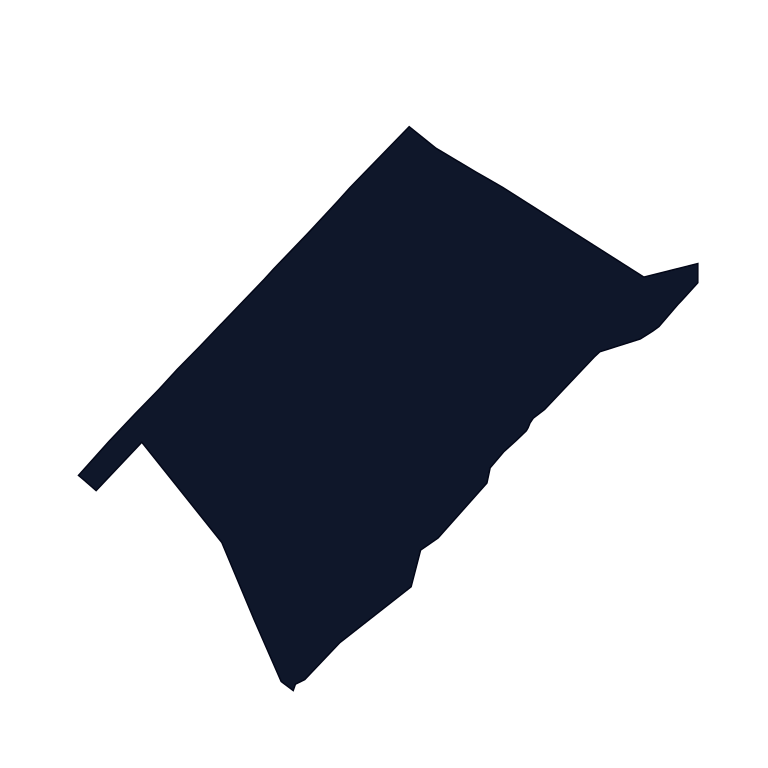 the district of Dutchess, New York, United States of America, rotated 220°
{"feature_id": "52423323B41588458909272", "entity_name": "Dutchess", "entity_type": "district", "adm_level": 2, "iso_a3": "USA", "parent_name": "United States of America", "parent_adm1": "New York", "projection": "mercator", "projection_center": [-73.759, 41.759], "detail": "fine", "context": "isolated", "style": "filled", "palette": "ink", "viewbox_px": 768, "rotation_deg": 220, "n_neighbors": 0, "source": "geoboundaries", "source_scale": "gbopen_adm2", "svg_char_len": 828}
<svg xmlns="http://www.w3.org/2000/svg" viewBox="0 0 768 768"><g transform="rotate(220 384 384)"><path d="M552.8,117.6L536.0,117.3L532.1,183.7L406.3,158.3L332.6,120.3L271.5,90.0L256.5,90.8L258.9,97.1L254.7,106.6L251.6,157.3L232.9,246.1L249.2,280.3L243.6,300.8L241.5,374.3L244.9,380.7L248.8,388.0L248.7,406.1L248.7,409.1L246.4,425.7L244.9,439.6L245.5,443.1L247.1,448.0L247.7,453.7L244.6,467.7L240.3,539.9L239.4,547.4L216.6,583.3L212.1,597.4L210.3,604.7L210.0,633.9L209.6,639.9L208.7,663.3L221.0,678.0L253.7,632.9L418.8,611.0L432.0,608.7L449.6,605.5L496.0,598.0L530.1,597.3L536.3,512.6L537.0,493.0L538.2,469.6L539.2,450.5L542.5,401.5L543.1,386.2L543.2,385.2L547.2,325.5L547.3,325.0L549.3,293.4L551.8,262.3L553.0,234.8L555.5,201.6L557.8,163.3L559.3,117.6L552.8,117.6Z" fill="#0f172a" stroke="#020617" stroke-width="1.5"/></g></svg>